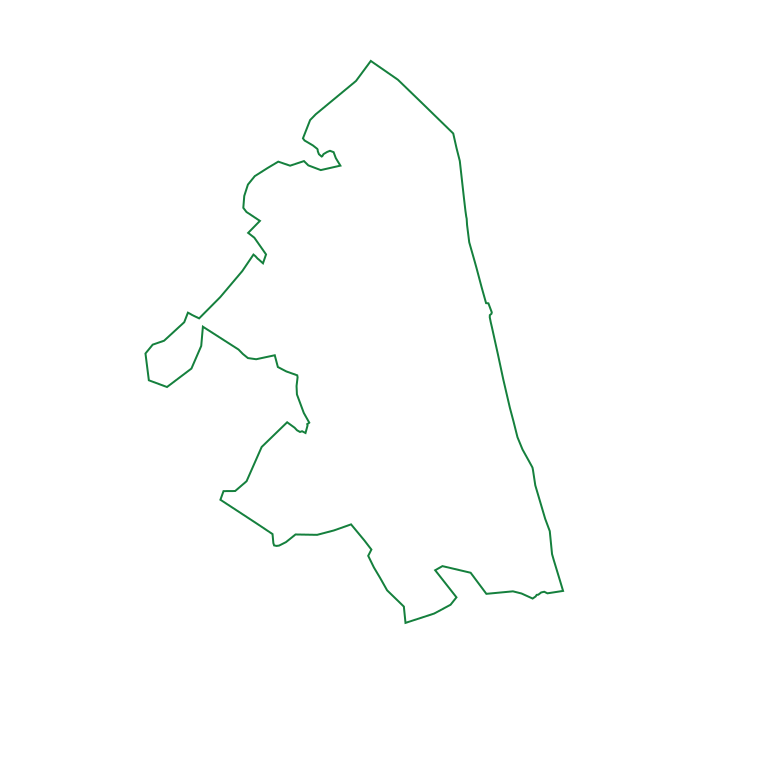 Gada, Sokoto, Nigeria (Albers equal-area conic projection), rotated 55°
{"feature_id": "59680162B52281011363885", "entity_name": "Gada", "entity_type": "district", "adm_level": 2, "iso_a3": "NGA", "parent_name": "Nigeria", "parent_adm1": "Sokoto", "projection": "albers", "projection_center": [5.67, 13.685], "detail": "fine", "context": "isolated", "style": "outline", "palette": "green", "viewbox_px": 768, "rotation_deg": 55, "n_neighbors": 0, "source": "geoboundaries", "source_scale": "gbopen_adm2", "svg_char_len": 2121}
<svg xmlns="http://www.w3.org/2000/svg" viewBox="0 0 768 768"><g transform="rotate(55 384 384)"><path d="M656.2,356.0L650.8,354.2L648.7,353.5L626.4,346.2L626.0,346.1L625.8,346.0L619.7,343.9L599.6,332.6L586.9,329.3L553.8,318.2L539.9,311.3L537.6,310.3L532.3,309.7L517.1,308.1L504.2,305.2L488.7,299.3L475.6,294.5L448.5,283.6L425.1,273.7L399.3,263.0L394.8,261.2L390.0,259.1L388.3,257.8L388.1,255.7L387.1,254.6L377.8,252.2L376.3,254.0L360.9,248.6L341.8,241.6L335.0,239.2L316.8,232.9L301.3,224.7L295.9,221.4L294.2,220.7L288.9,218.0L277.6,211.9L244.8,194.0L232.4,189.3L218.5,183.6L175.3,191.8L142.7,198.1L113.8,208.8L111.8,209.5L119.7,233.1L123.9,285.2L125.4,293.1L136.3,309.5L139.0,309.4L147.8,305.4L153.1,303.8L154.1,304.0L155.3,304.7L158.4,305.5L160.4,305.0L161.9,304.6L162.0,303.9L161.0,301.7L161.3,297.5L162.0,294.5L165.2,292.3L171.3,293.9L180.1,294.5L172.5,313.1L161.5,320.6L155.5,321.7L151.3,335.7L141.2,343.1L140.3,355.5L139.6,370.6L142.6,381.1L149.8,390.6L159.0,398.2L164.2,398.0L179.2,392.1L182.3,408.6L189.8,406.3L210.2,406.3L215.7,413.9L209.7,415.3L209.0,415.6L208.1,415.7L205.6,416.0L203.1,416.7L204.6,420.6L210.2,435.3L218.9,468.3L224.2,497.8L217.6,501.5L215.0,502.7L213.1,503.7L218.8,512.2L222.4,539.3L219.1,550.9L222.2,561.9L246.1,574.5L262.0,563.5L260.9,532.9L248.0,511.9L233.2,499.5L272.3,483.4L278.4,482.4L284.7,480.6L290.4,474.5L297.8,457.0L309.2,461.2L317.7,456.8L327.1,450.1L328.9,450.9L335.5,456.8L342.6,461.3L361.7,466.3L372.8,467.4L372.9,468.3L372.9,468.9L372.8,469.9L374.2,470.5L379.1,476.4L375.7,478.2L375.1,480.3L372.0,481.8L368.5,482.3L359.8,485.3L365.4,520.3L384.8,552.3L386.3,567.3L379.7,576.9L385.0,584.4L425.5,568.2L443.0,561.4L450.9,565.9L453.2,566.6L455.0,564.9L456.2,562.6L457.3,555.0L456.5,542.8L469.2,525.3L475.2,509.1L480.1,491.5L501.0,489.8L512.4,489.3L515.7,495.5L528.5,497.5L540.5,498.4L554.8,499.8L577.7,495.4L592.0,503.4L600.8,474.6L603.0,456.1L600.3,447.0L565.9,448.9L566.7,440.6L588.3,421.3L614.6,420.5L627.8,397.3L634.5,391.5L645.0,385.3L645.0,381.6L644.3,379.9L645.1,378.4L644.9,374.8L646.1,371.9L649.2,370.2L656.2,356.0Z" fill="none" stroke="#15803d" stroke-width="2"/></g></svg>